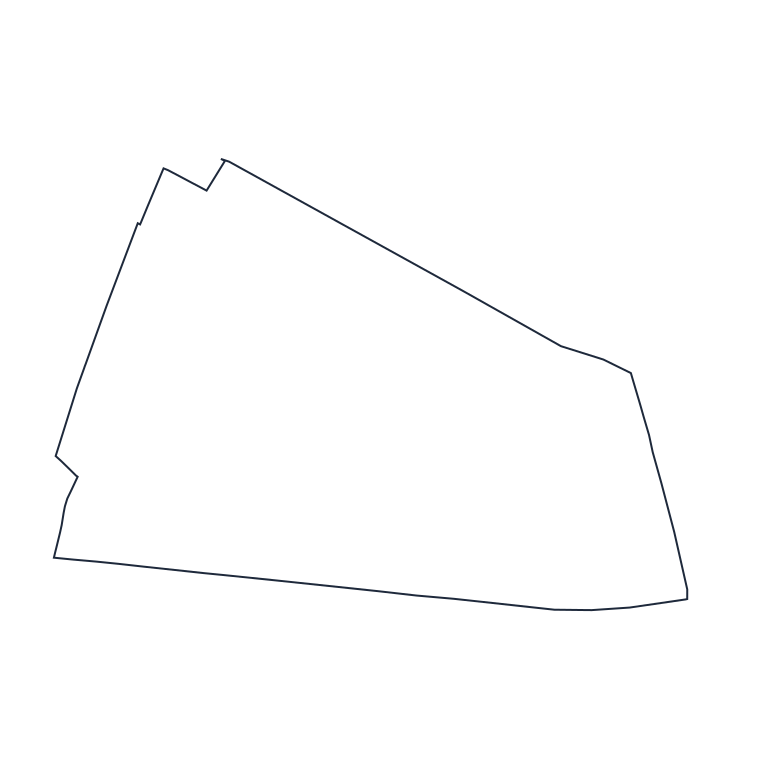 the district of Al Sahil, Al Qahirah, Egypt, rotated 95°
{"feature_id": "37247803B54164801772616", "entity_name": "Al Sahil", "entity_type": "district", "adm_level": 2, "iso_a3": "EGY", "parent_name": "Egypt", "parent_adm1": "Al Qahirah", "projection": "natural_earth1", "projection_center": [31.249, 30.094], "detail": "fine", "context": "isolated", "style": "outline", "palette": "slate", "viewbox_px": 768, "rotation_deg": 95, "n_neighbors": 0, "source": "geoboundaries", "source_scale": "gbopen_adm2", "svg_char_len": 976}
<svg xmlns="http://www.w3.org/2000/svg" viewBox="0 0 768 768"><g transform="rotate(95 384 384)"><path d="M591.9,299.9L591.9,298.2L591.9,295.6L594.0,194.6L591.5,161.8L591.3,159.7L591.2,157.7L585.3,119.8L572.3,64.7L571.8,63.2L562.2,64.0L506.1,82.0L458.7,99.0L428.4,110.4L415.7,114.3L411.2,115.7L410.8,115.9L394.5,122.3L384.0,126.3L379.9,127.9L360.6,135.5L351.6,139.0L340.5,167.6L330.9,211.0L322.0,230.6L284.8,312.6L176.0,557.7L174.0,566.1L175.6,561.9L206.8,577.6L189.8,617.8L189.1,620.1L188.4,622.4L228.3,635.2L243.9,640.1L246.3,640.9L245.9,641.9L245.3,643.3L330.4,667.2L390.3,683.0L392.3,683.6L394.4,684.1L415.2,689.6L484.4,704.8L488.7,699.1L496.3,689.8L502.2,682.7L502.6,681.9L503.1,681.1L518.1,686.6L525.7,689.5L533.6,691.2L540.2,691.9L552.7,692.8L560.4,693.8L576.0,696.2L580.3,696.9L585.8,697.7L586.0,678.4L586.0,655.1L586.3,632.6L586.9,607.2L588.1,546.9L588.3,527.1L589.1,473.7L590.9,372.0L591.9,333.1L591.9,299.9Z" fill="none" stroke="#1e293b" stroke-width="2"/></g></svg>